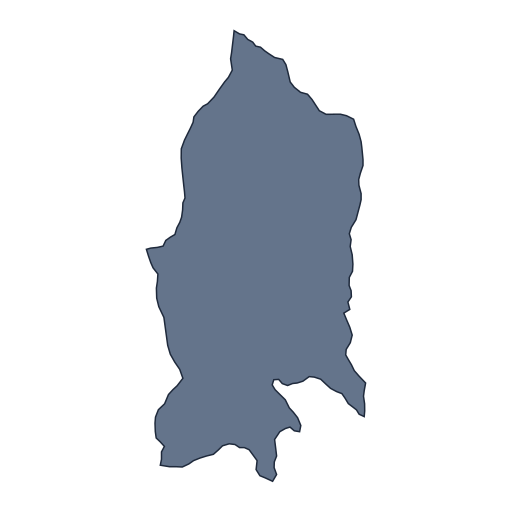 outline of Ibirama, Santa Catarina, Brazil
{"feature_id": "56859067B41531797206151", "entity_name": "Ibirama", "entity_type": "district", "adm_level": 2, "iso_a3": "BRA", "parent_name": "Brazil", "parent_adm1": "Santa Catarina", "projection": "natural_earth1", "projection_center": [-49.524, -27.014], "detail": "fine", "context": "isolated", "style": "filled", "palette": "slate", "viewbox_px": 512, "rotation_deg": 0, "n_neighbors": 0, "source": "geoboundaries", "source_scale": "gbopen_adm2", "svg_char_len": 2457}
<svg xmlns="http://www.w3.org/2000/svg" viewBox="0 0 512 512"><path d="M351.1,239.7L349.3,233.7L351.3,227.3L356.0,219.7L358.3,211.0L359.9,205.0L361.1,199.7L361.1,193.6L358.9,185.2L358.7,179.5L360.4,173.1L363.0,165.5L363.0,159.7L362.5,154.3L361.8,147.3L361.1,141.7L359.1,134.3L355.9,126.4L353.6,119.2L346.5,115.7L340.4,114.2L335.4,114.2L330.4,114.3L326.0,114.3L319.3,110.7L314.8,103.8L312.0,99.5L307.5,94.2L300.5,92.3L294.3,87.3L290.2,82.0L287.8,71.8L285.9,64.6L282.7,59.4L274.6,57.5L268.6,53.6L264.5,50.7L260.5,47.2L255.7,46.1L252.7,42.1L247.7,39.4L243.9,34.8L239.5,33.9L234.1,30.7L233.5,36.6L232.6,44.0L231.6,52.5L230.6,58.8L232.3,70.1L228.4,77.4L224.7,81.8L219.4,89.2L214.0,97.1L207.6,103.8L203.1,106.2L198.2,111.3L193.9,116.9L193.1,122.3L190.3,128.4L187.4,134.2L184.5,140.1L181.3,148.8L181.2,158.2L181.9,167.8L182.9,177.4L183.8,185.8L184.5,191.9L185.0,198.0L182.9,202.9L182.6,210.0L181.6,217.2L179.8,222.3L176.9,227.8L174.9,234.5L170.3,237.2L165.8,240.4L163.1,246.1L157.4,247.4L150.7,248.1L146.4,249.3L148.5,256.1L150.8,262.7L153.1,267.9L157.9,274.0L157.4,281.5L156.4,288.1L156.7,298.1L158.8,306.7L161.7,312.8L163.9,317.4L167.7,345.3L170.3,354.2L174.7,362.0L179.7,369.3L182.9,378.3L177.1,385.8L173.0,389.6L168.5,394.5L164.6,403.8L158.4,409.7L155.5,417.1L155.0,423.2L155.3,431.6L156.2,438.0L160.3,441.9L164.4,446.4L161.5,451.9L161.5,459.3L160.3,465.2L169.4,466.7L176.1,466.7L182.3,467.0L188.9,463.9L193.6,460.6L200.1,458.0L206.5,456.0L213.4,454.3L218.4,449.9L222.5,445.8L229.2,443.8L235.0,444.5L239.6,447.6L244.4,447.6L249.1,449.7L252.5,454.3L257.1,460.6L256.1,469.6L259.9,475.7L264.8,477.7L272.6,481.3L276.6,474.5L274.1,467.6L274.3,461.9L276.6,456.0L275.6,447.6L274.6,439.5L279.8,431.7L285.4,428.5L290.0,427.1L294.3,430.8L299.6,431.7L300.8,425.5L297.6,417.7L293.3,412.2L289.3,407.9L285.3,399.8L279.0,393.6L275.1,389.7L272.2,384.9L273.8,379.7L278.7,379.4L282.3,383.6L287.6,385.5L292.6,383.5L297.2,383.0L302.9,381.2L309.2,376.6L314.3,377.1L320.7,379.2L326.2,384.4L330.6,388.4L336.6,391.6L341.9,393.6L345.2,398.4L348.3,403.6L352.4,406.7L356.5,409.9L359.1,414.2L364.2,416.6L364.7,411.0L364.6,403.8L363.5,396.2L364.2,390.8L365.6,383.0L359.1,376.2L354.3,370.7L351.4,364.7L348.3,359.5L345.7,354.9L346.2,349.4L350.3,342.7L352.2,335.1L349.8,327.3L346.7,320.1L343.8,313.1L349.8,309.4L347.9,302.0L351.4,296.8L351.1,290.7L349.1,285.5L349.3,277.4L352.5,271.3L352.9,264.1L352.2,254.8L350.2,246.5L351.1,239.7Z" fill="#64748b" stroke="#1e293b" stroke-width="1.5"/></svg>